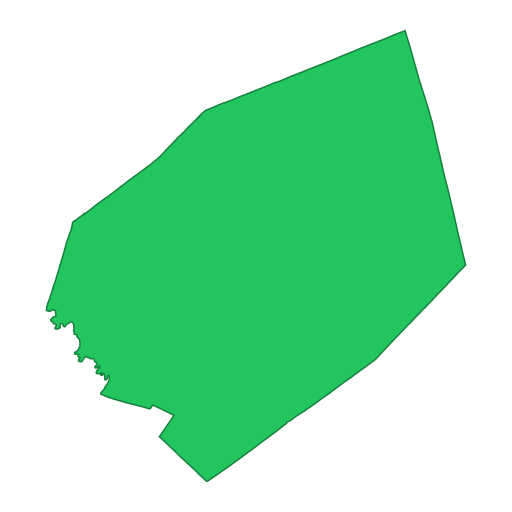 Sfintesti, Teleorman, Romania
{"feature_id": "2599482B66322400213375", "entity_name": "Sfintesti", "entity_type": "district", "adm_level": 2, "iso_a3": "ROU", "parent_name": "Romania", "parent_adm1": "Teleorman", "projection": "mercator", "projection_center": [25.082, 44.181], "detail": "fine", "context": "isolated", "style": "filled", "palette": "green", "viewbox_px": 512, "rotation_deg": 0, "n_neighbors": 0, "source": "geoboundaries", "source_scale": "gbopen_adm2", "svg_char_len": 5796}
<svg xmlns="http://www.w3.org/2000/svg" viewBox="0 0 512 512"><path d="M465.6,265.2L465.2,263.3L465.0,262.1L464.5,260.3L464.4,259.6L463.3,255.6L458.8,236.2L458.4,235.2L456.9,228.3L456.4,225.7L455.2,220.7L454.5,217.1L448.5,191.6L444.6,176.6L439.6,154.7L436.7,142.7L436.4,141.1L431.8,120.5L431.5,120.2L428.4,109.0L425.2,98.7L425.0,97.7L421.9,88.5L420.5,83.7L420.3,83.8L417.8,75.0L416.2,68.9L414.4,62.7L410.5,48.6L409.6,45.4L407.8,39.9L405.1,30.7L396.8,33.8L383.6,39.3L370.0,44.6L366.4,46.1L360.0,48.5L354.7,50.8L342.1,55.9L334.2,59.3L313.6,67.4L309.4,69.1L290.1,76.7L277.8,81.9L275.2,82.5L271.5,83.9L271.3,84.2L258.5,89.3L242.0,95.8L229.9,100.8L227.7,101.5L224.6,102.8L224.2,102.8L221.8,103.6L209.3,108.9L207.1,109.7L206.0,110.2L205.2,110.7L203.7,111.9L200.5,114.9L195.5,120.2L188.6,126.8L184.9,130.9L183.7,132.2L182.9,132.8L181.2,134.6L179.6,136.1L179.2,136.4L178.8,136.9L177.4,137.8L176.7,139.0L175.9,139.8L172.0,143.9L171.5,144.5L169.5,146.3L166.5,149.6L165.7,150.4L164.0,152.3L161.2,155.3L159.5,156.9L156.5,159.6L149.4,165.4L146.7,167.2L137.5,174.2L133.5,177.0L131.7,178.5L128.5,180.7L123.2,184.9L121.5,186.0L118.5,188.5L111.0,194.1L108.3,196.3L107.1,197.0L106.9,197.2L106.7,197.2L98.1,203.5L94.5,206.2L93.7,207.0L84.0,214.4L83.7,213.8L83.4,214.3L83.2,214.6L77.7,218.6L76.9,219.1L76.4,219.6L75.8,220.1L73.7,221.3L72.7,222.3L72.5,222.7L72.4,224.4L72.0,225.7L71.5,228.4L70.9,230.3L70.3,232.1L69.3,234.4L68.9,235.8L67.7,239.2L66.1,244.0L64.7,249.5L64.1,251.3L63.9,252.2L62.6,256.8L62.0,258.5L61.7,259.7L61.2,261.0L60.9,262.5L60.7,263.2L60.2,264.3L59.9,265.2L59.2,268.5L57.7,273.3L57.2,274.7L56.2,277.9L55.9,279.4L54.7,283.0L53.7,285.5L52.6,288.9L52.5,289.7L51.4,293.2L50.2,296.3L49.7,298.3L49.4,299.2L48.2,302.2L47.9,303.1L47.5,303.9L47.4,305.2L47.1,305.6L46.8,306.9L46.6,308.4L46.4,310.6L47.3,310.7L48.8,311.2L49.9,311.3L50.6,311.2L50.9,311.0L51.2,310.6L51.5,310.0L51.8,309.7L52.2,309.6L52.7,309.6L53.3,310.0L53.6,310.3L53.9,310.4L54.8,310.4L55.2,310.6L55.5,310.9L55.7,311.5L55.6,312.0L55.5,313.0L55.6,313.6L56.1,315.2L56.0,315.8L55.8,316.1L54.2,316.8L53.3,317.0L52.9,317.2L52.6,317.5L51.9,318.5L51.1,319.0L50.9,319.3L50.7,319.7L50.7,320.0L50.8,320.5L51.0,320.9L52.4,322.0L53.0,322.6L53.7,323.7L54.1,323.8L55.5,324.1L55.8,324.2L56.0,324.5L56.2,324.9L56.2,325.3L56.2,325.8L55.8,326.6L55.0,327.6L54.9,328.1L55.0,328.4L55.2,328.7L55.9,329.1L56.3,329.1L57.2,329.0L58.7,328.7L59.9,327.8L60.1,327.6L60.2,327.3L60.2,327.0L60.0,326.6L60.0,325.8L60.4,323.9L60.6,323.7L60.9,323.5L61.5,323.5L62.0,323.6L62.5,324.0L62.8,324.3L63.0,324.7L63.5,326.2L63.7,326.5L64.2,326.8L64.6,326.8L65.1,326.6L65.5,326.1L66.0,324.8L66.2,324.5L67.0,324.1L67.9,323.7L69.6,322.8L69.9,322.5L70.2,322.1L70.5,321.9L70.8,321.8L71.2,321.8L71.8,321.9L72.5,322.4L73.0,323.1L73.9,324.9L73.9,325.2L73.7,325.8L73.7,326.0L74.1,328.4L74.0,329.3L73.6,329.8L73.5,330.2L73.6,330.8L74.0,331.9L74.4,332.4L74.5,332.8L74.4,333.3L74.2,333.6L74.1,333.9L74.2,334.1L74.3,334.3L74.7,334.4L75.9,334.5L76.4,334.6L76.6,334.8L76.9,335.2L76.9,335.7L77.0,336.7L77.1,337.0L78.5,338.1L79.3,339.4L79.7,340.4L79.8,342.1L80.0,342.7L80.1,343.6L79.9,344.3L79.9,344.8L80.1,345.3L80.1,345.7L80.1,346.2L79.1,348.0L78.4,349.5L77.2,351.0L76.7,351.5L76.2,351.9L75.3,352.0L74.8,352.5L74.5,353.1L74.5,353.5L74.7,353.9L75.1,354.1L76.4,354.2L77.9,354.2L78.2,354.3L78.3,354.6L78.0,356.3L78.1,356.6L78.3,356.8L78.6,357.0L79.8,357.4L80.0,357.6L79.9,358.1L79.7,358.5L79.3,359.0L78.7,359.5L78.4,359.9L78.4,360.3L78.5,360.7L78.9,361.3L79.4,361.5L80.8,361.7L81.6,361.6L82.0,361.4L83.5,359.1L84.8,357.3L85.1,357.0L86.0,356.8L86.6,356.8L87.9,357.5L89.9,358.1L91.1,358.9L91.5,358.9L91.9,358.9L93.2,358.4L93.5,358.5L94.1,359.1L94.3,360.8L94.5,361.3L94.7,361.6L95.4,362.1L96.5,362.4L96.8,362.6L97.2,363.0L97.0,363.8L96.8,364.2L96.2,365.1L95.7,366.0L95.0,366.5L94.9,366.7L94.9,367.1L95.2,367.8L95.5,367.9L96.1,367.9L96.9,367.7L97.9,367.4L98.2,367.1L98.6,366.3L98.9,366.1L99.4,366.0L99.6,366.1L99.8,366.4L99.8,366.8L99.6,367.2L99.1,367.6L98.2,369.1L97.5,369.8L96.3,372.0L96.2,372.8L96.4,373.1L96.5,373.4L96.8,373.5L99.8,373.8L100.5,373.3L100.8,373.0L101.5,372.8L101.8,373.2L101.1,374.4L100.9,374.8L101.0,375.1L101.2,375.4L101.6,375.4L102.2,375.1L103.4,373.7L103.9,373.4L104.2,373.5L104.3,373.7L104.4,375.5L104.6,376.0L104.7,376.6L104.9,379.7L105.0,379.8L105.8,379.9L106.7,379.2L107.3,378.3L107.5,377.7L107.7,375.6L108.2,375.4L108.5,375.4L109.1,375.8L109.2,376.1L109.3,376.6L109.4,378.6L108.4,381.8L107.6,383.3L106.7,384.7L106.0,385.7L105.5,386.3L104.1,389.0L103.9,389.6L103.7,390.0L102.9,390.5L102.3,391.1L101.6,392.2L100.8,393.0L100.7,393.5L100.8,393.9L100.9,394.2L101.3,394.5L102.0,394.7L103.6,395.0L104.8,395.9L106.5,396.4L108.0,397.2L115.7,399.6L125.7,402.5L143.3,407.0L147.2,408.1L149.4,408.8L149.8,408.9L150.1,408.8L150.5,408.3L152.3,405.6L152.6,405.3L153.3,405.3L159.8,408.3L172.0,414.3L174.0,415.4L159.3,436.9L160.1,437.3L164.7,441.6L175.3,451.7L181.3,457.6L185.6,461.5L186.7,462.7L189.1,464.7L193.0,468.4L195.6,470.7L199.2,474.5L202.8,477.7L205.7,480.5L206.2,481.0L206.6,481.2L207.3,481.3L208.3,480.7L209.4,479.9L211.8,478.3L212.9,477.5L219.3,473.1L221.1,471.7L228.2,466.9L255.3,447.0L262.7,441.3L275.0,432.3L286.0,423.7L286.8,423.1L286.7,422.3L286.7,421.9L287.0,421.7L288.1,421.4L289.0,421.3L289.7,421.0L292.5,419.0L294.9,417.1L298.8,414.5L306.1,409.9L306.8,409.2L310.7,406.7L315.6,403.2L322.3,398.2L330.0,392.8L339.2,385.8L344.6,381.9L345.2,381.4L351.5,377.1L354.7,374.6L375.1,359.8L394.9,338.6L398.9,334.5L405.4,327.7L407.5,325.5L409.9,323.2L412.9,320.1L417.0,315.7L420.1,312.6L423.0,309.4L424.6,308.1L427.1,305.3L431.9,300.4L432.8,299.4L433.2,298.8L434.2,297.9L435.2,297.0L436.7,295.3L437.2,294.7L441.6,290.2L446.1,285.6L449.5,281.8L451.0,280.2L452.2,279.1L458.1,272.7L462.7,268.0L464.7,266.1L465.2,265.4L465.6,265.2Z" fill="#22c55e" stroke="#15803d" stroke-width="1.5"/></svg>